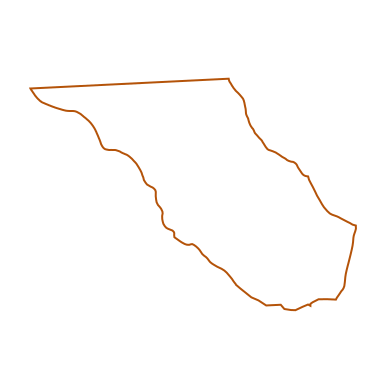 outline of Malgretoute, Praslin, Saint Lucia, rotated 182°
{"feature_id": "8701671B58944232238955", "entity_name": "Malgretoute", "entity_type": "district", "adm_level": 2, "iso_a3": "LCA", "parent_name": "Saint Lucia", "parent_adm1": "Praslin", "projection": "natural_earth1", "projection_center": [-60.903, 13.842], "detail": "fine", "context": "isolated", "style": "outline", "palette": "amber", "viewbox_px": 384, "rotation_deg": 182, "n_neighbors": 0, "source": "geoboundaries", "source_scale": "gbopen_adm2", "svg_char_len": 6027}
<svg xmlns="http://www.w3.org/2000/svg" viewBox="0 0 384 384"><g transform="rotate(182 192 192)"><path d="M76.5,211.6L78.1,211.8L79.3,212.0L81.1,212.8L82.6,214.2L86.7,219.9L87.5,221.3L87.8,222.0L88.0,222.4L88.6,223.3L88.9,223.6L89.4,224.1L89.7,224.3L90.1,224.6L90.4,224.8L90.7,225.0L91.0,225.2L91.3,225.3L91.7,225.4L92.0,225.6L92.3,225.7L93.0,225.7L93.3,225.7L93.7,225.8L94.0,225.8L94.8,226.0L95.4,226.2L95.8,226.3L96.2,226.4L97.6,227.0L98.2,227.3L98.8,227.8L99.1,228.1L99.5,228.3L99.8,228.5L100.1,228.7L100.7,229.1L101.4,229.4L101.7,229.5L102.7,230.1L103.7,230.6L104.6,231.3L105.3,231.7L105.6,231.9L105.9,232.1L106.5,232.5L107.2,232.9L108.9,233.9L109.2,234.1L109.5,234.3L109.8,234.4L110.2,234.6L111.6,235.1L111.9,235.2L112.3,235.4L113.9,235.9L114.2,236.0L114.9,236.2L115.2,236.3L116.7,236.7L117.3,237.0L117.6,237.2L117.9,237.4L118.2,237.6L118.5,237.9L118.7,238.3L119.2,238.7L119.4,239.1L119.7,239.4L120.0,239.7L120.4,240.3L120.8,241.0L121.0,241.3L121.3,241.6L121.7,242.3L122.1,242.9L122.4,243.3L122.9,244.0L123.3,244.6L123.7,245.4L124.2,246.0L124.4,246.3L124.7,246.6L125.3,247.1L125.8,247.6L126.4,248.1L126.9,248.6L127.8,249.6L128.1,249.9L128.7,250.6L129.0,250.9L129.3,251.2L129.8,251.7L130.1,252.0L130.6,252.5L130.9,252.8L131.1,253.1L131.4,253.5L131.5,253.8L131.9,254.5L132.0,254.9L132.5,255.9L132.7,256.3L132.9,256.6L133.1,257.0L133.4,257.3L133.6,257.6L133.9,257.8L134.4,258.4L134.6,258.7L134.8,259.0L135.5,259.9L135.7,260.3L135.9,260.6L136.3,261.3L136.6,262.0L137.3,263.5L137.4,263.9L137.8,265.0L137.9,265.4L138.3,266.6L138.3,266.9L138.6,267.7L138.8,268.0L139.8,269.8L140.3,270.9L140.6,271.7L140.7,272.1L140.8,272.5L140.8,272.9L140.9,273.3L141.0,274.6L141.1,275.4L141.3,276.9L141.4,277.3L141.6,278.1L141.8,278.8L141.9,279.3L142.2,280.5L142.3,281.0L142.4,281.4L142.5,281.8L142.6,282.3L142.7,282.8L143.2,284.4L143.4,285.2L143.6,285.5L143.9,286.3L144.1,286.7L144.6,287.4L144.8,287.7L145.1,288.0L145.4,288.3L145.6,288.6L147.7,290.9L148.3,291.5L148.6,291.8L149.4,292.6L150.9,293.9L151.6,294.5L152.1,295.0L152.3,295.4L152.6,295.6L152.8,295.9L153.6,296.8L153.9,297.1L154.6,298.1L155.0,298.7L155.2,299.0L155.5,299.3L157.1,301.9L157.8,302.8L158.0,303.2L158.3,303.5L158.6,304.1L158.7,304.5L158.9,304.9L159.3,306.5L357.1,289.8L356.9,289.4L356.6,289.1L356.4,288.7L355.9,288.0L355.7,287.7L355.4,287.4L354.7,286.4L354.5,286.1L354.3,285.8L353.7,285.1L353.1,284.2L352.8,283.9L352.6,283.5L352.2,282.9L351.6,282.3L351.3,282.0L351.1,281.7L350.3,280.8L349.7,280.2L349.2,279.7L348.9,279.4L348.6,279.2L348.0,278.7L347.7,278.3L347.4,278.1L347.1,277.8L346.5,277.4L346.2,277.2L345.9,277.1L345.7,276.8L345.4,276.6L345.1,276.5L344.0,276.0L342.3,275.4L342.0,275.2L341.6,275.1L340.9,274.8L340.3,274.6L338.9,274.1L338.3,273.8L337.9,273.7L337.3,273.5L336.9,273.4L336.3,273.1L335.9,273.0L335.6,272.9L335.2,272.7L334.3,272.5L334.0,272.3L333.6,272.2L332.8,272.0L332.1,271.7L331.7,271.6L331.3,271.5L331.0,271.4L330.7,271.3L329.6,271.0L328.8,270.8L328.1,270.6L327.3,270.4L326.5,270.2L326.1,270.1L325.4,269.9L323.9,269.5L323.3,269.4L322.9,269.3L322.6,269.2L321.8,269.1L321.5,269.0L321.1,268.9L320.0,268.8L318.7,268.7L317.9,268.7L317.5,268.7L313.8,268.8L313.5,268.8L312.8,268.7L312.4,268.7L311.7,268.6L311.3,268.5L311.0,268.4L310.3,268.2L310.0,268.1L308.0,267.1L306.3,266.2L306.0,266.0L305.7,265.8L305.4,265.6L305.1,265.3L303.9,264.4L302.7,263.4L301.7,262.7L300.9,262.1L299.9,261.3L299.6,261.0L298.3,260.0L297.7,259.5L297.2,259.0L296.9,258.7L295.5,257.3L295.3,257.0L295.0,256.7L294.7,256.3L294.2,255.7L292.8,253.9L292.6,253.5L292.4,253.2L291.8,252.4L291.1,251.2L290.7,250.5L290.3,249.6L290.0,249.2L289.5,248.1L289.4,247.8L288.5,246.0L288.1,245.2L287.4,243.6L287.2,243.3L287.1,242.9L286.9,242.4L286.3,241.3L286.2,241.0L285.9,240.3L285.4,239.1L285.3,238.8L285.1,238.3L285.0,238.0L284.7,237.2L284.6,236.8L284.4,236.5L284.2,236.1L284.0,235.8L283.6,235.0L283.3,234.7L283.1,234.3L282.9,234.0L282.4,233.4L282.1,233.1L281.6,232.6L281.0,232.2L280.7,232.0L280.1,231.7L279.8,231.7L279.4,231.6L278.8,231.4L278.2,231.4L277.5,231.2L276.8,231.2L276.5,231.1L274.0,231.2L273.6,231.2L270.4,231.3L269.7,231.2L269.2,231.1L268.9,231.0L268.2,230.8L267.5,230.6L267.2,230.5L266.2,230.2L265.9,230.1L265.2,229.8L264.9,229.6L264.6,229.4L264.0,229.1L263.6,228.9L263.3,228.8L263.0,228.6L262.7,228.5L261.7,228.1L261.3,228.0L260.7,227.7L260.4,227.6L259.6,227.3L259.3,227.2L258.9,227.1L258.3,226.8L257.7,226.5L257.4,226.3L257.1,226.1L256.8,225.9L256.5,225.7L255.9,225.3L253.2,223.1L250.6,220.4L250.3,220.2L248.6,218.4L246.4,215.2L244.5,212.2L243.1,209.6L242.1,206.8L241.2,204.9L240.5,202.3L238.8,199.8L237.2,197.9L235.3,196.9L233.7,196.0L231.5,195.1L229.9,193.9L228.7,192.5L228.2,190.9L228.1,186.5L227.6,183.2L227.0,180.5L225.6,177.9L223.6,175.8L222.3,174.2L220.9,171.5L220.6,169.6L221.0,167.0L220.8,163.9L220.2,161.4L219.5,159.2L217.9,156.8L216.4,155.3L214.9,154.5L210.2,152.8L208.8,151.5L208.3,150.3L208.3,148.1L208.0,146.2L207.0,145.5L205.3,144.4L202.6,142.6L200.5,141.3L197.5,139.8L195.6,139.2L194.2,139.1L193.0,139.1L191.3,139.7L190.3,139.9L189.8,139.9L188.1,139.1L186.0,137.7L183.8,135.8L182.4,134.3L180.8,132.1L179.6,130.4L177.6,128.7L175.8,127.5L174.5,126.3L173.8,125.5L172.3,123.6L171.3,122.5L169.4,121.1L167.7,120.1L164.2,118.2L159.8,116.3L156.9,114.6L154.5,112.6L151.1,108.9L149.0,106.5L147.6,104.5L146.1,102.6L145.3,101.8L144.9,100.9L140.4,97.3L129.0,88.8L121.8,86.0L113.9,81.2L99.4,82.4L95.6,78.3L89.0,77.5L84.5,77.5L77.3,81.2L72.1,83.6L69.7,82.4L69.7,84.4L67.6,86.0L61.8,89.2L53.2,89.6L44.4,89.5L43.6,91.3L41.7,94.2L39.3,98.1L38.0,99.7L37.2,101.2L36.5,103.3L36.1,107.3L35.8,112.4L35.4,115.7L34.7,119.5L33.8,123.7L33.2,126.3L32.1,131.4L31.4,134.7L30.4,139.7L29.7,143.8L29.3,147.4L29.1,151.8L28.8,154.0L28.2,156.2L27.5,158.4L26.9,161.0L27.1,164.2L29.2,164.7L30.4,165.0L33.1,166.5L35.6,167.6L37.9,168.7L40.0,169.7L42.5,170.9L44.4,171.9L46.3,172.7L49.5,173.7L51.1,174.2L52.8,175.0L53.7,175.5L54.9,176.6L56.0,177.5L59.6,181.4L61.7,184.4L64.2,188.5L66.9,192.7L68.8,196.4L71.4,201.2L73.4,204.6L75.3,208.0L75.6,208.7L76.5,211.6Z" fill="none" stroke="#b45309" stroke-width="2"/></g></svg>